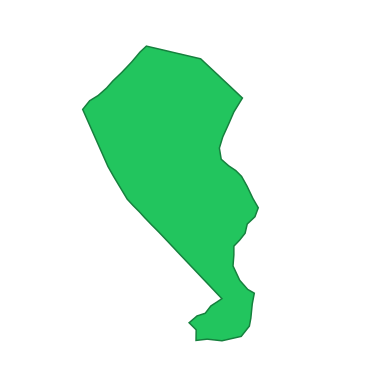 Carmópolis, Sergipe, Brazil (Robinson projection), rotated 45°
{"feature_id": "56859067B72449738877040", "entity_name": "Carmópolis", "entity_type": "district", "adm_level": 2, "iso_a3": "BRA", "parent_name": "Brazil", "parent_adm1": "Sergipe", "projection": "robinson", "projection_center": [-36.951, -10.667], "detail": "fine", "context": "isolated", "style": "filled", "palette": "green", "viewbox_px": 384, "rotation_deg": 45, "n_neighbors": 0, "source": "geoboundaries", "source_scale": "gbopen_adm2", "svg_char_len": 842}
<svg xmlns="http://www.w3.org/2000/svg" viewBox="0 0 384 384"><g transform="rotate(45 192 192)"><path d="M273.3,215.3L266.1,206.9L259.9,200.7L259.7,192.4L258.7,183.6L253.7,175.6L254.0,165.0L250.0,156.3L239.6,153.5L226.9,149.0L216.0,145.9L207.8,145.9L199.2,147.6L189.5,148.2L180.3,141.6L174.8,131.3L169.7,117.7L165.0,105.8L161.2,89.9L132.0,90.8L104.0,91.7L56.6,121.1L56.3,129.7L57.4,142.5L57.8,157.1L57.5,169.3L58.1,178.8L57.4,190.2L55.1,199.8L56.3,210.9L114.6,233.4L125.8,236.5L151.4,242.9L160.0,243.2L168.6,243.2L176.8,243.6L187.2,243.8L196.9,243.8L208.3,244.1L224.0,244.6L288.6,246.3L285.9,259.3L287.1,268.4L283.2,276.0L282.4,286.5L292.4,286.5L299.8,294.1L306.8,285.3L318.4,276.0L328.9,259.3L327.4,246.3L322.8,239.6L313.8,228.6L307.6,219.5L300.3,221.5L288.2,220.7L273.3,215.3Z" fill="#22c55e" stroke="#15803d" stroke-width="1.5"/></g></svg>